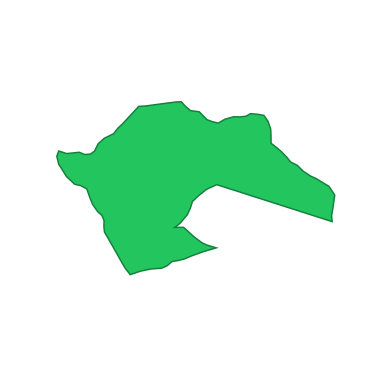 Araçoiaba, Pernambuco, Brazil (Mercator projection), rotated 301°
{"feature_id": "56859067B21879203827187", "entity_name": "Araçoiaba", "entity_type": "district", "adm_level": 2, "iso_a3": "BRA", "parent_name": "Brazil", "parent_adm1": "Pernambuco", "projection": "mercator", "projection_center": [-35.078, -7.801], "detail": "fine", "context": "isolated", "style": "filled", "palette": "green", "viewbox_px": 384, "rotation_deg": 301, "n_neighbors": 0, "source": "geoboundaries", "source_scale": "gbopen_adm2", "svg_char_len": 1205}
<svg xmlns="http://www.w3.org/2000/svg" viewBox="0 0 384 384"><g transform="rotate(301 192 192)"><path d="M238.8,327.4L243.3,324.0L251.7,320.7L262.8,316.0L267.4,306.5L267.4,291.0L266.7,285.2L267.1,276.5L269.1,268.6L268.5,261.0L270.7,255.2L272.6,247.8L273.6,242.2L274.5,234.7L281.0,230.7L286.4,227.1L291.7,220.8L294.7,214.2L292.6,208.6L289.3,201.8L284.7,199.2L281.2,194.6L277.9,188.9L271.2,182.6L264.5,179.0L262.6,172.5L261.7,167.6L264.5,156.9L261.0,148.8L262.2,141.7L263.9,136.3L260.3,131.1L253.4,122.4L242.0,108.1L237.9,102.2L214.4,97.3L208.5,95.6L201.7,94.8L192.8,89.1L184.9,86.7L176.9,87.4L172.3,85.5L168.8,80.6L168.0,74.9L160.4,64.8L158.5,56.6L153.0,57.7L147.1,63.5L143.9,70.0L140.6,76.5L138.2,87.4L140.2,93.5L140.4,100.3L134.2,107.8L130.1,113.3L126.6,121.2L125.5,126.9L122.1,131.4L116.8,134.4L112.6,137.6L104.2,152.7L99.9,160.3L95.9,167.3L92.3,173.9L89.3,181.6L97.6,188.6L105.0,196.6L110.9,205.1L115.8,208.6L122.1,210.7L126.1,215.4L130.6,219.9L136.8,224.4L146.3,232.1L156.6,241.5L154.2,232.1L153.6,226.7L154.5,217.3L157.4,203.0L152.8,195.4L159.0,197.9L170.1,199.7L176.8,199.0L184.1,197.3L191.5,199.3L201.8,203.1L211.0,209.4L238.8,327.4Z" fill="#22c55e" stroke="#15803d" stroke-width="1.5"/></g></svg>